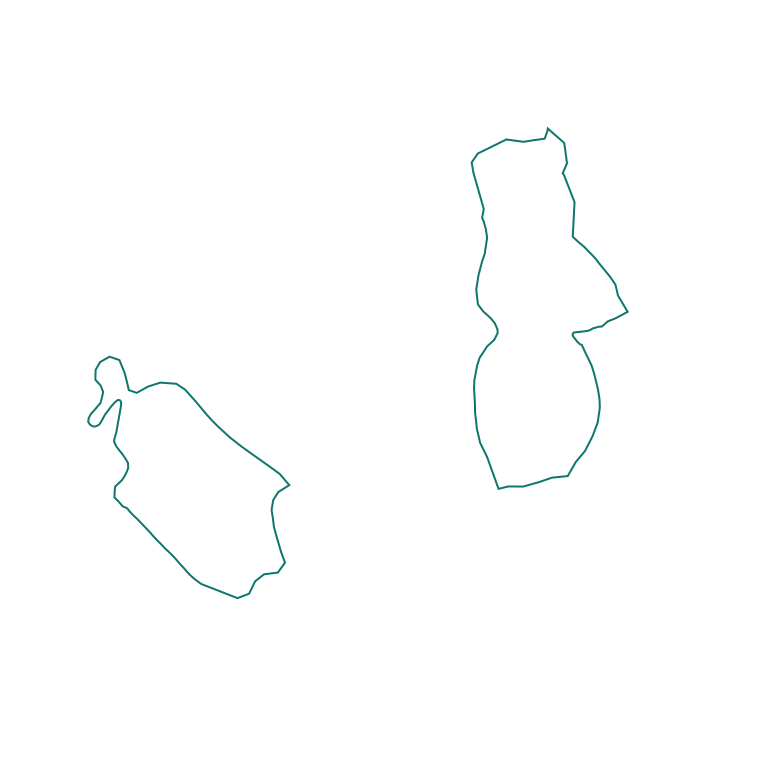 outline of Amran, Hajjah, Yemen, rotated 325°
{"feature_id": "15242507B71774555115176", "entity_name": "Amran", "entity_type": "district", "adm_level": 2, "iso_a3": "YEM", "parent_name": "Yemen", "parent_adm1": "Hajjah", "projection": "natural_earth1", "projection_center": [43.831, 15.676], "detail": "fine", "context": "isolated", "style": "outline", "palette": "teal", "viewbox_px": 768, "rotation_deg": 325, "n_neighbors": 0, "source": "geoboundaries", "source_scale": "gbopen_adm2", "svg_char_len": 2660}
<svg xmlns="http://www.w3.org/2000/svg" viewBox="0 0 768 768"><g transform="rotate(325 384 384)"><path d="M417.7,535.6L427.0,539.2L439.3,547.9L454.5,553.2L467.9,557.1L481.7,564.8L484.7,563.4L496.4,557.9L510.4,554.1L525.2,546.2L536.5,538.4L537.1,538.0L547.2,527.2L552.0,519.8L556.3,510.9L561.8,496.8L564.6,488.2L567.0,473.4L568.5,465.3L567.3,463.9L566.5,459.8L566.5,457.6L566.2,454.3L566.4,452.6L567.3,451.2L569.0,450.7L571.5,452.0L575.6,454.3L580.2,456.8L583.5,458.0L586.7,458.2L591.1,459.7L592.8,460.2L595.3,461.9L596.7,461.8L603.4,461.1L611.4,463.0L625.0,464.6L626.4,445.8L630.6,435.3L630.7,425.8L629.5,409.9L629.1,401.6L626.7,386.7L624.5,378.5L623.1,371.6L644.4,344.3L651.4,315.6L651.2,313.9L660.5,308.2L669.9,290.0L664.7,268.7L662.9,270.6L656.4,275.2L646.3,270.1L636.8,265.4L635.5,264.0L624.6,254.1L624.6,253.9L593.1,249.0L582.9,252.8L578.4,262.3L566.1,297.9L559.6,304.2L558.9,308.1L556.1,315.9L552.4,323.3L541.2,335.1L534.9,339.7L523.9,349.0L513.7,359.6L506.6,372.7L506.9,381.2L509.2,391.6L509.6,397.8L508.4,404.0L506.4,407.4L499.6,411.1L490.1,412.3L482.7,415.3L477.5,417.3L471.0,422.2L460.5,432.4L455.4,439.0L447.3,452.1L442.1,459.8L438.3,466.9L434.4,474.0L429.0,487.3L426.6,502.9L418.8,531.5L417.7,535.6ZM119.7,443.2L141.1,475.3L153.2,478.4L165.3,471.7L176.6,471.1L188.9,477.6L200.4,473.6L203.3,462.7L208.7,446.7L211.8,438.1L216.1,430.0L219.6,422.8L226.6,415.6L235.3,411.9L248.4,412.5L247.0,397.9L244.3,389.9L241.6,382.3L236.3,367.4L231.3,353.2L227.1,339.3L223.8,324.4L222.3,316.0L221.2,307.6L219.7,289.8L217.8,274.4L214.0,264.7L201.6,254.6L189.4,250.8L176.3,249.4L171.5,242.6L174.7,234.6L177.7,226.8L181.0,212.6L174.8,204.2L164.0,203.2L155.9,207.0L151.2,213.3L150.0,215.1L151.0,222.7L149.4,229.5L145.7,232.8L143.3,234.9L142.1,235.9L140.7,237.0L135.5,238.3L132.2,239.2L126.2,240.6L122.4,242.7L120.0,245.3L119.9,247.0L119.9,248.9L121.5,252.1L122.0,252.4L123.8,253.5L127.4,253.9L130.4,252.8L137.6,249.2L148.0,245.8L153.4,244.6L156.7,244.4L158.1,245.5L158.3,245.7L158.3,248.0L156.8,250.2L151.3,255.8L147.5,259.6L144.0,263.0L140.2,266.9L136.9,270.2L133.4,272.9L130.6,275.4L129.9,276.3L128.9,281.4L129.1,286.3L129.5,291.5L129.4,296.8L129.0,301.8L126.4,306.0L122.6,308.6L118.4,310.8L114.1,312.5L109.5,313.2L105.0,313.8L104.2,314.7L101.8,317.4L98.1,322.4L99.2,328.2L99.7,334.2L102.3,338.4L102.6,343.1L103.4,348.2L103.6,349.1L103.7,349.5L104.5,353.2L105.1,357.3L105.2,358.0L105.9,362.6L106.7,367.8L107.4,372.7L107.9,377.7L108.7,382.9L109.6,387.8L109.6,388.0L110.3,393.0L110.5,394.1L111.5,398.4L112.5,403.9L113.1,408.8L113.6,413.9L114.4,419.5L114.9,424.4L115.6,429.4L116.7,434.1L118.1,438.7L119.7,443.2Z" fill="none" stroke="#0f766e" stroke-width="2"/></g></svg>